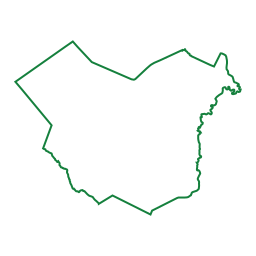 the district of Macuelizo, Santa Bárbara, Honduras
{"feature_id": "27666195B20976347050961", "entity_name": "Macuelizo", "entity_type": "district", "adm_level": 2, "iso_a3": "HND", "parent_name": "Honduras", "parent_adm1": "Santa Bárbara", "projection": "natural_earth1", "projection_center": [-88.551, 15.242], "detail": "fine", "context": "isolated", "style": "outline", "palette": "green", "viewbox_px": 256, "rotation_deg": 0, "n_neighbors": 0, "source": "geoboundaries", "source_scale": "gbopen_adm2", "svg_char_len": 5676}
<svg xmlns="http://www.w3.org/2000/svg" viewBox="0 0 256 256"><path d="M59.5,164.8L59.5,165.1L59.7,165.4L60.2,165.8L60.9,167.2L61.0,167.3L61.7,167.4L62.0,167.5L62.5,167.8L62.6,168.1L63.4,168.2L64.2,168.8L64.7,168.7L65.3,168.8L67.0,169.6L67.2,170.0L67.2,170.5L67.3,170.8L67.0,171.7L67.0,172.1L67.1,172.7L67.4,173.3L68.1,174.6L68.3,176.9L68.7,177.4L68.8,177.9L69.0,178.4L69.0,178.9L69.4,179.2L69.7,179.7L69.7,180.0L69.6,180.8L70.1,181.5L70.1,182.0L70.3,183.1L71.5,185.3L71.8,186.2L72.3,187.5L72.6,188.3L72.8,188.6L73.5,188.7L73.9,188.7L74.1,189.3L74.7,189.5L74.9,189.9L75.7,190.8L76.1,191.2L76.6,191.3L77.7,191.3L78.0,191.5L78.4,191.9L78.7,192.1L79.0,192.1L79.3,191.9L79.5,191.6L79.8,191.1L80.3,190.7L80.8,190.4L81.6,190.2L82.6,190.1L83.2,191.0L83.9,191.1L84.4,191.1L87.4,194.3L89.0,195.6L89.9,196.0L91.0,196.3L92.7,197.0L94.0,198.8L94.5,199.4L95.4,200.3L96.2,200.9L98.5,203.1L98.9,203.5L98.9,203.8L112.5,195.5L150.5,214.5L152.1,210.6L177.1,198.0L178.6,197.5L185.0,197.5L186.7,197.4L187.6,197.2L188.5,196.9L189.9,195.8L190.6,195.5L190.9,195.3L191.1,194.4L191.5,193.9L191.7,193.0L191.9,192.7L192.3,192.3L192.9,192.0L196.6,190.8L197.2,190.4L198.6,189.1L198.8,188.6L199.1,185.8L199.0,183.3L199.1,182.1L199.0,181.5L198.8,181.0L198.5,180.5L198.1,179.9L197.9,179.6L197.8,179.1L197.8,178.6L198.0,178.0L199.0,175.8L199.7,174.5L200.1,173.7L200.2,173.3L200.0,172.6L199.7,171.7L199.4,171.1L199.0,170.7L198.7,170.4L198.4,170.2L197.9,170.2L197.6,170.4L197.4,170.4L197.1,170.2L197.0,169.9L196.9,169.4L197.0,168.4L197.1,167.7L197.3,167.0L197.1,165.8L197.3,165.2L197.6,164.7L197.6,164.2L196.8,162.7L197.2,162.7L197.3,162.7L197.6,162.4L198.1,161.7L198.5,160.9L198.6,160.5L198.5,160.0L198.3,159.8L198.1,159.5L198.0,159.3L198.0,159.1L198.1,158.9L198.6,158.5L199.5,158.0L200.0,157.6L200.4,157.6L200.7,157.5L201.0,157.2L201.1,156.8L201.1,156.4L200.8,156.0L200.7,155.9L200.3,155.8L199.9,155.5L199.7,155.0L199.5,154.5L199.4,154.1L199.4,153.7L199.5,152.2L199.4,150.1L199.7,149.6L199.9,149.2L200.0,149.0L199.9,148.6L199.7,148.2L199.6,147.7L199.6,146.4L199.6,145.7L199.7,144.9L199.7,144.3L199.7,143.9L199.5,143.3L198.9,142.4L198.8,141.9L198.4,140.2L198.2,138.6L198.2,135.8L198.2,135.5L198.5,135.0L199.0,134.5L199.7,134.2L199.8,133.9L199.8,133.5L199.8,133.2L200.5,132.8L200.8,132.7L200.4,132.0L200.2,131.8L199.8,131.3L199.7,131.3L199.0,131.4L198.6,131.2L198.2,131.1L197.7,130.7L198.2,130.3L198.5,129.7L198.1,128.8L198.1,128.5L198.5,128.2L198.8,127.1L199.1,127.0L199.3,127.3L199.5,127.8L199.8,127.8L200.2,127.2L200.6,126.2L200.9,125.6L201.3,124.8L201.4,124.6L201.9,124.5L202.2,124.3L202.5,124.0L202.7,123.4L202.7,122.7L201.3,121.7L200.9,120.3L200.7,119.2L200.5,117.3L200.6,117.2L200.8,117.2L201.6,117.3L201.7,117.2L201.8,117.1L201.8,116.6L201.4,114.9L201.4,114.5L201.5,114.3L201.7,114.2L204.7,113.8L205.8,114.3L206.2,114.4L206.5,114.3L207.0,114.1L207.9,113.3L208.3,113.2L209.0,113.4L210.4,114.2L210.6,114.3L211.0,114.3L211.4,114.0L211.6,113.7L211.7,113.3L211.8,113.0L211.7,112.7L211.3,111.8L210.8,111.2L210.5,110.6L210.4,109.9L210.5,109.7L211.5,109.1L212.0,108.7L212.6,107.9L212.7,107.5L212.7,107.3L212.6,107.2L211.1,106.4L211.0,106.1L211.0,105.7L211.2,105.4L211.4,105.2L211.9,105.1L212.3,105.1L213.7,105.5L214.0,105.4L215.0,105.0L215.4,104.7L215.7,104.4L215.9,104.1L216.7,101.4L216.7,101.2L216.5,100.7L215.5,99.0L215.4,98.7L216.8,96.9L218.2,95.8L219.2,95.0L221.7,93.5L222.2,93.0L222.4,92.7L222.5,92.2L222.8,90.7L222.7,88.5L222.9,88.1L223.4,87.7L223.9,87.5L224.4,87.3L224.8,87.2L225.2,87.3L225.4,87.4L225.6,87.6L226.0,88.6L226.4,89.2L226.9,89.4L227.5,89.4L227.8,89.3L228.0,89.2L228.2,88.8L228.3,88.5L228.2,87.7L228.2,87.1L228.5,86.8L228.9,86.8L229.1,86.9L229.4,87.4L229.7,89.1L229.9,89.8L230.3,90.2L230.8,90.6L231.1,90.7L232.5,89.8L233.7,89.6L234.1,89.7L234.3,90.0L234.3,90.6L234.1,91.3L233.8,91.9L233.6,92.1L232.3,92.7L232.0,93.2L232.0,93.5L232.1,93.8L232.4,94.0L232.8,94.1L233.4,94.1L234.3,93.9L235.4,93.6L235.9,93.4L236.1,93.1L236.3,92.5L236.6,91.9L236.9,91.7L237.3,91.4L237.7,91.4L238.5,92.0L239.2,91.9L239.8,91.7L240.0,91.5L240.1,91.4L240.2,90.8L240.5,90.0L240.6,89.6L240.1,89.6L239.6,89.4L239.3,89.2L239.1,88.8L239.1,88.6L239.2,88.3L239.4,88.0L239.7,87.7L239.8,87.4L239.9,87.2L239.7,86.9L239.4,86.6L238.2,86.2L237.6,86.2L237.5,85.8L237.7,85.5L238.1,85.3L238.6,85.2L238.8,85.0L238.8,84.8L238.8,84.6L238.6,84.1L238.4,83.9L237.3,83.4L236.3,82.8L235.0,82.4L234.5,82.2L234.2,81.9L234.0,81.7L233.8,81.1L233.2,78.7L232.6,76.9L232.1,76.4L231.6,76.0L229.6,74.9L228.8,74.5L228.5,74.2L228.3,73.9L228.2,73.6L228.1,71.9L227.9,71.0L226.7,69.3L226.6,69.2L226.5,67.4L226.8,64.7L227.0,63.3L227.0,61.6L226.9,60.2L226.2,56.6L225.7,55.7L225.6,55.4L225.3,55.2L224.0,54.4L223.3,54.1L222.5,53.7L222.0,53.5L221.3,53.4L220.6,53.4L214.0,66.5L210.3,65.0L191.4,56.2L191.3,55.9L191.1,55.7L190.7,55.6L190.1,55.4L189.9,55.2L189.7,54.9L189.6,54.5L189.5,53.9L189.4,53.7L189.1,53.6L188.6,53.5L188.3,53.3L187.7,52.7L187.0,51.7L185.8,50.9L185.5,50.5L185.2,49.4L185.0,49.2L184.9,49.2L184.3,49.9L184.1,50.1L183.5,50.1L182.8,49.9L182.6,49.9L182.3,50.1L182.2,50.7L182.1,50.8L181.8,50.7L181.5,50.4L160.1,60.3L154.3,62.8L151.2,64.6L150.0,65.5L146.7,68.4L135.3,79.1L133.9,79.7L131.5,79.3L91.8,62.1L77.4,46.7L72.8,41.5L65.3,46.7L15.4,81.8L21.6,89.1L51.6,125.3L43.1,148.4L43.3,148.5L43.8,148.9L44.3,149.1L44.8,149.1L45.2,149.3L45.4,149.4L45.5,149.7L45.8,150.4L46.1,150.8L48.1,151.6L48.4,152.0L50.3,153.0L50.8,153.2L51.3,153.3L51.6,153.5L51.8,154.1L52.2,155.6L52.3,155.9L52.8,156.4L54.4,158.4L55.0,158.9L55.1,159.5L55.4,160.1L56.6,160.9L57.2,161.8L57.3,162.0L57.5,162.0L57.7,161.9L58.1,161.5L58.3,161.3L58.7,162.1L59.0,162.3L59.2,162.5L59.5,163.1L59.6,163.6L59.6,163.8L59.5,164.3L59.5,164.8Z" fill="none" stroke="#15803d" stroke-width="2"/></svg>